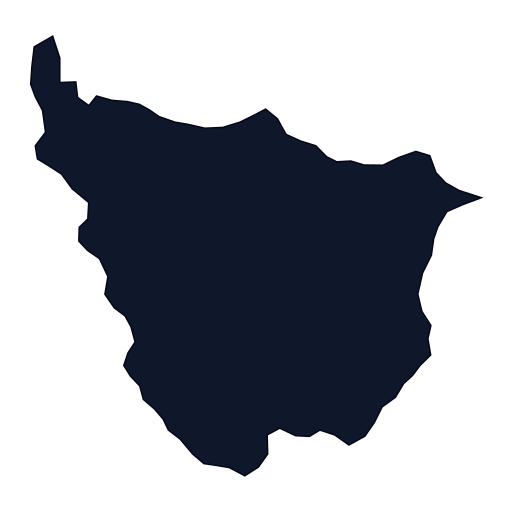 outline of Raposos, Minas Gerais, Brazil
{"feature_id": "56859067B47566080265166", "entity_name": "Raposos", "entity_type": "district", "adm_level": 2, "iso_a3": "BRA", "parent_name": "Brazil", "parent_adm1": "Minas Gerais", "projection": "robinson", "projection_center": [-43.787, -19.978], "detail": "fine", "context": "isolated", "style": "filled", "palette": "ink", "viewbox_px": 512, "rotation_deg": 0, "n_neighbors": 0, "source": "geoboundaries", "source_scale": "gbopen_adm2", "svg_char_len": 1298}
<svg xmlns="http://www.w3.org/2000/svg" viewBox="0 0 512 512"><path d="M481.3,197.7L459.1,190.5L445.5,182.8L436.0,172.7L429.8,155.7L415.9,151.4L398.8,157.5L382.9,165.2L364.0,165.0L350.8,161.0L336.7,161.8L326.6,156.7L315.9,145.8L300.5,141.0L286.1,134.4L277.4,118.7L265.6,109.1L254.0,115.2L240.0,122.1L222.9,127.4L204.9,128.2L187.8,124.3L174.8,122.1L158.9,116.5L149.4,109.9L139.3,104.3L127.5,101.6L111.8,100.3L96.5,96.0L88.9,105.6L77.6,97.4L75.8,81.9L59.8,82.5L59.8,58.0L52.7,36.2L34.2,46.8L31.9,66.2L30.7,84.3L35.3,96.8L42.5,110.4L45.5,132.2L35.3,145.8L37.4,158.9L47.4,165.0L61.4,174.0L72.3,188.9L88.7,202.5L87.8,219.0L79.2,227.3L78.8,241.1L87.5,250.4L99.5,258.7L107.9,276.5L104.9,294.3L114.3,307.9L125.0,315.9L131.0,326.8L135.1,342.0L128.0,352.9L123.8,365.4L130.3,376.0L139.7,385.9L143.4,399.5L154.5,409.0L163.1,419.1L168.4,430.1L180.1,439.1L192.6,454.0L203.9,463.6L216.9,465.5L229.3,467.6L244.8,475.8L258.4,467.1L267.7,454.0L267.2,434.9L279.7,428.2L295.6,435.7L309.5,436.4L319.8,430.1L334.6,434.9L348.9,445.0L364.9,436.2L374.3,422.6L382.2,406.9L395.4,397.3L403.7,383.5L412.5,375.5L420.1,365.4L430.7,355.0L427.9,338.8L430.9,325.5L421.9,311.4L417.8,294.1L422.6,273.0L431.4,255.2L433.7,238.7L437.9,226.7L446.9,211.6L462.1,204.9L481.3,197.7Z" fill="#0f172a" stroke="#020617" stroke-width="1.5"/></svg>